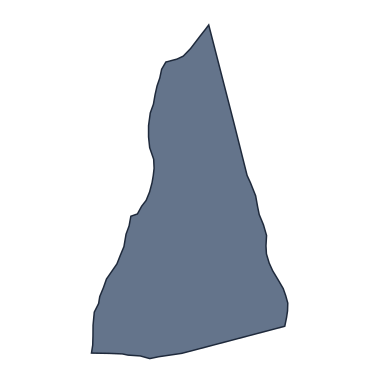 Miraselva, Paraná, Brazil, rotated 181°
{"feature_id": "56859067B75197457658410", "entity_name": "Miraselva", "entity_type": "district", "adm_level": 2, "iso_a3": "BRA", "parent_name": "Brazil", "parent_adm1": "Paraná", "projection": "mercator", "projection_center": [-51.479, -22.99], "detail": "fine", "context": "isolated", "style": "filled", "palette": "slate", "viewbox_px": 384, "rotation_deg": 181, "n_neighbors": 0, "source": "geoboundaries", "source_scale": "gbopen_adm2", "svg_char_len": 957}
<svg xmlns="http://www.w3.org/2000/svg" viewBox="0 0 384 384"><g transform="rotate(181 192 192)"><path d="M96.9,59.4L95.3,68.0L94.4,74.8L94.3,82.6L96.5,90.0L99.1,97.0L104.5,105.9L110.0,114.7L113.6,122.3L116.5,131.4L117.1,139.4L116.7,149.8L120.0,160.5L124.4,170.6L126.1,178.2L128.3,189.3L133.7,202.2L137.2,209.5L151.2,261.4L178.2,359.3L182.0,354.1L186.8,347.8L196.0,335.3L203.1,327.7L209.4,324.6L220.4,321.5L224.5,314.2L226.2,305.4L228.8,297.4L230.6,288.7L232.1,279.1L235.1,270.3L236.6,257.6L236.4,246.3L235.1,235.6L230.9,224.1L230.3,215.0L231.0,207.9L232.1,200.6L234.4,191.3L237.7,182.8L242.1,176.9L246.2,169.1L252.7,166.7L254.3,157.0L257.2,148.7L259.1,136.2L262.5,127.6L265.8,118.8L271.6,110.1L276.0,103.5L278.9,94.8L282.4,85.9L283.4,78.9L287.6,70.2L288.6,57.1L288.5,46.2L288.6,37.2L289.7,29.2L280.9,29.2L271.9,29.2L258.8,28.9L253.1,27.8L240.9,27.2L231.3,24.7L222.5,26.7L199.4,30.5L96.9,59.4Z" fill="#64748b" stroke="#1e293b" stroke-width="1.5"/></g></svg>